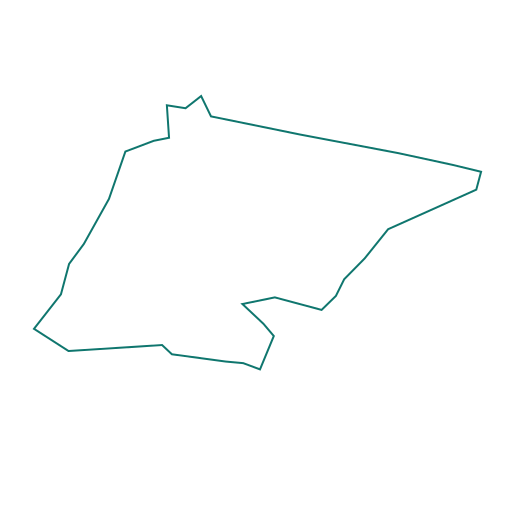 outline of Falmèy, Dosso, Niger, rotated 285°
{"feature_id": "23599985B42967903288320", "entity_name": "Falmèy", "entity_type": "district", "adm_level": 2, "iso_a3": "NER", "parent_name": "Niger", "parent_adm1": "Dosso", "projection": "mercator", "projection_center": [2.799, 12.563], "detail": "fine", "context": "isolated", "style": "outline", "palette": "teal", "viewbox_px": 512, "rotation_deg": 285, "n_neighbors": 0, "source": "geoboundaries", "source_scale": "gbopen_adm2", "svg_char_len": 568}
<svg xmlns="http://www.w3.org/2000/svg" viewBox="0 0 512 512"><g transform="rotate(285 256 256)"><path d="M146.2,254.0L149.2,271.4L147.5,289.2L183.3,293.9L192.4,280.8L206.1,255.3L220.9,284.9L220.9,333.3L238.1,343.5L256.4,347.2L281.8,361.6L316.1,376.7L377.1,451.6L395.6,451.6L394.9,422.3L392.2,366.9L384.7,266.7L379.2,176.4L396.3,161.6L380.5,149.7L378.5,130.9L347.7,141.4L340.8,127.4L323.1,102.8L273.1,99.2L223.1,86.6L200.0,77.5L168.5,77.5L128.2,60.4L115.7,99.5L145.7,188.3L139.3,200.2L145.2,246.2L146.2,254.0Z" fill="none" stroke="#0f766e" stroke-width="2"/></g></svg>